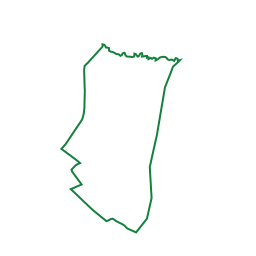 outline of Lapão, Bahia, Brazil, rotated 220°
{"feature_id": "56859067B74000999905797", "entity_name": "Lapão", "entity_type": "district", "adm_level": 2, "iso_a3": "BRA", "parent_name": "Brazil", "parent_adm1": "Bahia", "projection": "natural_earth1", "projection_center": [-41.751, -11.522], "detail": "fine", "context": "isolated", "style": "outline", "palette": "green", "viewbox_px": 256, "rotation_deg": 220, "n_neighbors": 0, "source": "geoboundaries", "source_scale": "gbopen_adm2", "svg_char_len": 1553}
<svg xmlns="http://www.w3.org/2000/svg" viewBox="0 0 256 256"><g transform="rotate(220 128 128)"><path d="M165.6,69.2L146.7,70.3L142.2,70.3L142.9,68.9L143.6,67.4L144.1,65.9L144.3,62.9L144.5,59.8L142.8,58.7L127.2,54.9L129.4,50.6L132.5,44.4L123.9,43.9L115.3,43.3L101.7,42.5L84.7,42.8L83.8,44.2L83.2,45.7L82.6,47.3L81.7,48.4L80.1,48.9L78.7,49.0L77.3,49.0L76.0,49.4L74.7,49.6L73.0,50.1L71.7,50.4L70.1,50.7L67.9,51.0L65.9,50.7L63.9,50.6L62.2,51.1L54.7,53.2L55.2,70.7L64.9,89.5L83.3,109.0L86.3,112.2L88.2,115.9L89.0,117.4L92.3,123.7L99.8,138.2L100.6,139.9L115.6,165.5L125.8,182.9L130.8,197.8L133.0,204.1L131.9,211.0L131.8,213.5L133.1,211.7L134.6,212.9L136.3,212.3L135.8,209.0L137.7,208.9L138.9,208.1L140.1,206.6L141.9,206.0L143.4,206.5L145.2,206.3L146.8,205.2L148.0,203.8L149.0,202.2L149.3,199.9L150.3,197.5L151.5,199.2L153.4,198.5L154.2,196.4L155.6,196.3L156.6,194.0L157.7,195.3L158.7,194.0L159.7,195.4L161.0,194.2L162.1,192.8L163.2,191.7L164.0,193.3L165.6,194.3L166.4,192.9L166.0,190.6L166.3,189.1L167.8,189.1L169.4,189.6L170.9,189.1L169.3,186.7L170.3,185.0L171.8,184.3L173.6,182.9L175.1,181.9L176.9,182.2L179.0,183.4L180.1,181.7L179.6,180.1L180.2,178.4L182.5,178.5L184.3,177.2L187.0,176.8L188.8,176.3L190.3,175.4L192.1,175.0L194.1,177.0L195.5,176.3L196.6,175.5L198.0,176.2L199.5,176.5L201.3,175.7L199.8,174.0L200.7,151.8L201.0,149.8L201.1,147.7L199.2,144.6L187.5,131.4L185.6,129.5L175.1,116.3L174.1,115.1L173.2,113.7L171.1,110.5L168.7,105.4L168.4,103.6L167.3,92.9L166.4,84.8L165.4,75.6L165.6,69.2Z" fill="none" stroke="#15803d" stroke-width="2"/></g></svg>